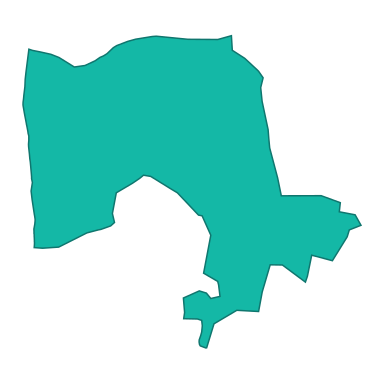 Yankwashi, Jigawa, Nigeria
{"feature_id": "59680162B90957738044815", "entity_name": "Yankwashi", "entity_type": "district", "adm_level": 2, "iso_a3": "NGA", "parent_name": "Nigeria", "parent_adm1": "Jigawa", "projection": "equal_earth", "projection_center": [8.483, 12.74], "detail": "fine", "context": "isolated", "style": "filled", "palette": "teal", "viewbox_px": 384, "rotation_deg": 0, "n_neighbors": 0, "source": "geoboundaries", "source_scale": "gbopen_adm2", "svg_char_len": 1725}
<svg xmlns="http://www.w3.org/2000/svg" viewBox="0 0 384 384"><path d="M28.9,49.2L26.1,71.2L25.2,79.3L24.9,86.6L24.2,92.4L23.8,95.8L23.6,98.1L23.4,99.9L23.1,102.0L23.0,104.5L23.1,105.7L24.5,113.8L25.9,121.1L26.3,123.3L26.4,123.7L26.5,124.7L26.7,125.3L27.1,127.4L27.9,131.6L28.1,133.3L28.8,136.0L28.8,140.4L28.6,142.7L28.5,144.3L28.6,146.7L29.4,153.9L29.8,158.6L30.3,162.0L31.3,173.2L31.6,177.0L31.6,178.7L32.4,182.5L31.1,191.0L32.1,199.6L33.4,208.2L34.4,214.8L34.6,215.8L35.1,219.1L35.1,220.7L34.8,224.0L34.2,227.4L33.9,229.0L34.0,231.8L34.0,233.6L34.2,234.5L34.2,235.6L34.2,236.3L34.3,237.8L34.4,240.5L34.4,241.9L34.5,242.7L34.4,245.0L34.2,247.6L42.6,248.2L58.7,247.1L86.9,232.9L98.3,229.9L100.9,229.4L110.7,225.9L114.5,222.5L112.4,213.5L116.3,192.8L132.7,183.1L140.0,178.1L143.5,175.2L150.7,176.4L170.4,188.6L177.4,192.8L198.5,215.1L202.1,215.8L210.8,235.2L203.6,273.2L217.7,281.4L218.6,284.9L220.0,296.4L210.8,298.5L206.4,293.1L199.3,290.9L183.4,298.0L184.6,312.5L183.7,318.7L197.5,319.0L201.7,320.4L202.3,325.8L201.7,332.0L200.7,335.6L199.2,339.9L199.1,342.0L199.5,344.5L200.3,345.9L206.5,348.2L206.5,348.3L214.0,323.8L236.8,310.3L258.6,311.5L262.2,292.0L270.2,264.8L282.4,265.0L305.4,282.1L307.4,276.3L311.7,255.2L332.4,260.7L347.2,236.8L349.3,229.9L361.0,225.3L355.1,214.8L339.3,211.8L340.3,202.7L321.2,195.7L281.3,195.8L277.6,177.8L269.7,148.0L268.8,138.6L268.1,129.6L262.1,101.3L260.7,87.6L263.1,77.8L258.6,71.3L256.9,69.6L244.7,58.3L232.3,50.3L231.4,35.7L217.8,39.5L188.0,39.3L156.3,36.2L152.3,36.5L135.6,39.2L127.7,41.4L116.7,45.6L113.3,47.7L107.0,53.7L103.5,55.9L100.0,57.4L95.1,60.8L85.0,65.5L74.3,67.0L59.0,57.5L50.9,54.3L40.1,51.9L32.5,50.4L28.9,49.2Z" fill="#14b8a6" stroke="#0f766e" stroke-width="1.5"/></svg>